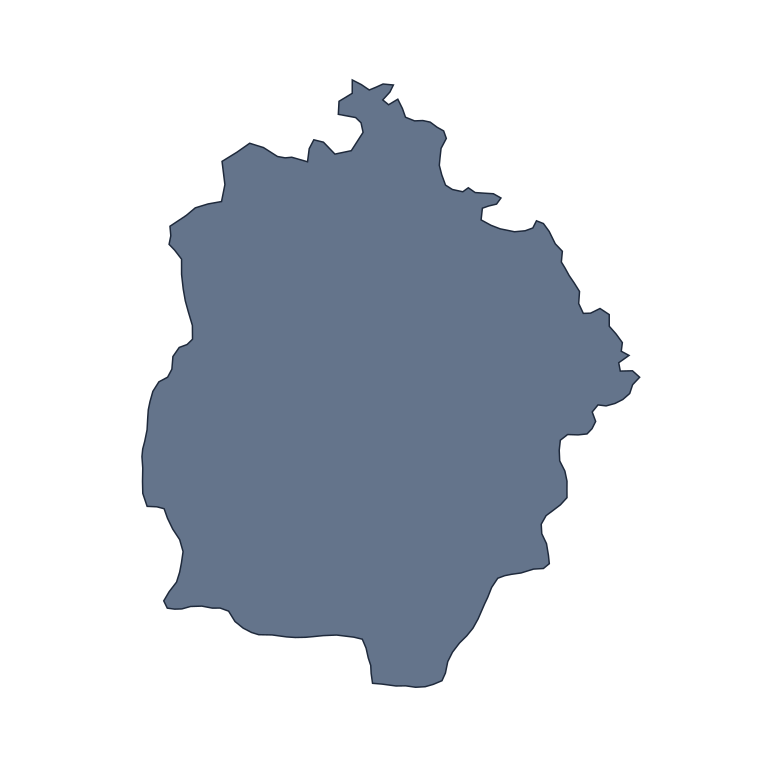 Cascalho Rico, Minas Gerais, Brazil, rotated 352°
{"feature_id": "56859067B3095618205564", "entity_name": "Cascalho Rico", "entity_type": "district", "adm_level": 2, "iso_a3": "BRA", "parent_name": "Brazil", "parent_adm1": "Minas Gerais", "projection": "robinson", "projection_center": [-47.868, -18.565], "detail": "fine", "context": "isolated", "style": "filled", "palette": "slate", "viewbox_px": 768, "rotation_deg": 352, "n_neighbors": 0, "source": "geoboundaries", "source_scale": "gbopen_adm2", "svg_char_len": 2658}
<svg xmlns="http://www.w3.org/2000/svg" viewBox="0 0 768 768"><g transform="rotate(352 384 384)"><path d="M331.0,678.8L340.3,680.9L346.7,682.7L353.8,684.7L363.4,685.9L373.1,688.7L382.7,689.5L391.0,688.3L400.1,685.9L404.6,678.8L408.5,667.8L414.5,659.1L422.7,651.0L430.9,644.9L438.1,638.2L444.5,629.7L449.1,622.2L453.0,615.8L456.9,609.9L462.3,600.4L469.6,592.2L476.9,590.6L483.8,590.2L493.4,590.2L506.3,588.1L516.2,588.9L522.7,584.9L523.0,576.6L522.7,564.7L519.4,554.2L520.2,544.7L526.2,536.9L534.4,532.4L541.9,528.2L549.4,522.0L550.5,513.8L551.7,505.7L551.0,495.4L547.3,484.6L548.3,474.0L550.8,464.2L558.8,459.6L569.2,461.4L578.1,461.7L583.8,457.2L588.4,450.5L586.3,440.7L593.0,434.5L600.9,436.6L610.1,435.4L618.3,432.6L626.0,427.6L630.1,419.3L638.1,412.9L631.9,405.5L619.8,404.1L619.4,395.6L630.6,389.8L623.5,384.6L625.8,376.2L620.8,366.8L615.1,358.2L616.7,346.6L608.4,339.3L598.4,342.6L591.2,341.8L588.0,331.4L590.5,319.6L586.3,310.2L582.4,302.3L579.5,294.6L576.6,287.9L579.1,277.4L573.1,269.0L568.8,255.9L564.2,247.3L557.7,243.6L553.1,250.2L545.1,251.9L534.4,251.4L527.7,249.0L520.6,246.5L512.0,241.7L503.0,235.0L505.9,223.6L512.4,222.3L520.5,221.5L525.7,216.1L518.8,210.8L509.9,209.0L500.9,207.1L494.8,201.4L488.8,204.6L478.8,200.9L472.6,195.6L470.3,184.9L469.2,175.1L471.0,167.6L473.3,158.6L479.9,149.5L478.3,141.7L472.4,137.2L466.2,131.1L459.1,128.5L450.9,127.7L442.4,122.8L440.6,113.8L437.3,103.9L427.4,108.1L422.3,102.5L430.5,95.7L434.9,89.2L424.8,86.8L417.7,88.9L410.3,90.8L403.3,84.4L394.9,78.5L393.0,91.7L378.8,97.8L376.3,110.6L393.0,116.2L397.6,122.1L398.3,131.9L384.1,148.4L367.4,149.5L357.7,136.1L348.5,132.4L342.7,140.5L339.2,153.3L324.2,146.6L317.6,146.3L310.2,143.9L297.7,133.2L284.5,126.9L270.6,134.0L254.6,141.0L254.2,164.4L248.5,180.7L234.8,181.2L221.6,183.3L211.7,189.5L194.0,198.0L193.5,207.6L190.6,215.8L195.3,222.3L200.9,232.2L198.8,247.3L198.4,262.0L198.8,274.0L200.3,285.5L202.4,299.4L200.6,313.0L194.5,317.5L186.3,319.3L178.8,327.4L176.0,339.8L170.7,347.1L161.4,350.5L154.1,359.1L149.8,368.9L147.0,376.7L145.2,385.2L143.0,396.4L139.1,407.4L136.0,414.8L134.2,422.2L133.4,433.7L131.3,446.8L129.9,458.8L132.4,472.2L142.0,474.0L148.9,476.9L150.9,486.8L154.6,498.3L160.0,509.7L161.7,522.0L158.5,533.0L155.5,541.8L151.0,551.3L142.3,559.8L135.7,568.1L138.2,575.8L145.3,577.8L152.5,578.6L161.4,577.4L172.7,578.6L182.7,582.0L190.6,583.1L198.5,587.3L203.4,598.5L210.6,606.2L218.2,611.6L225.0,614.8L238.2,616.9L245.6,619.0L252.4,620.9L261.0,622.7L271.0,623.9L278.4,624.3L288.8,624.7L302.1,626.0L318.9,630.5L327.0,633.7L329.5,643.1L330.3,653.1L331.7,660.9L331.0,668.7L331.0,678.8Z" fill="#64748b" stroke="#1e293b" stroke-width="1.5"/></g></svg>